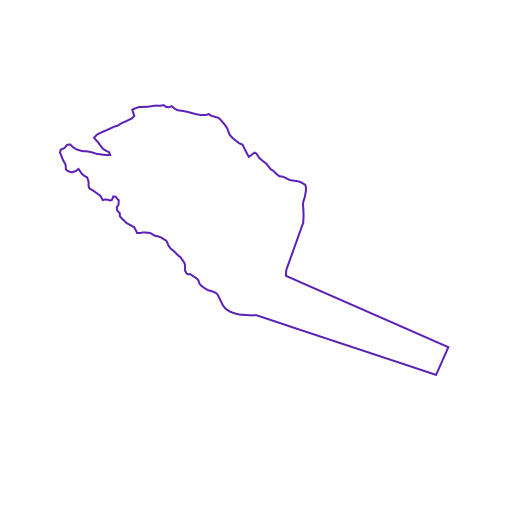 outline of Homa Bay, Nyanza, Kenya, rotated 154°
{"feature_id": "3690345B18622928067574", "entity_name": "Homa Bay", "entity_type": "district", "adm_level": 2, "iso_a3": "KEN", "parent_name": "Kenya", "parent_adm1": "Nyanza", "projection": "orthographic", "projection_center": [34.502, -0.52], "detail": "fine", "context": "isolated", "style": "outline", "palette": "violet", "viewbox_px": 512, "rotation_deg": 154, "n_neighbors": 0, "source": "geoboundaries", "source_scale": "gbopen_adm2", "svg_char_len": 3210}
<svg xmlns="http://www.w3.org/2000/svg" viewBox="0 0 512 512"><g transform="rotate(154 256 256)"><path d="M386.9,434.8L387.0,431.7L387.2,429.8L387.4,426.7L387.3,425.3L387.1,422.7L387.2,421.5L387.5,420.5L388.9,417.2L388.2,415.2L386.1,413.0L384.8,411.9L382.2,411.6L381.2,411.4L380.1,411.4L377.4,412.1L376.9,409.2L376.6,406.7L375.5,404.0L374.3,401.9L373.3,400.7L373.6,398.1L373.8,396.7L374.3,395.3L375.6,392.7L376.0,391.3L376.1,389.6L374.2,387.0L372.6,384.2L371.8,382.7L371.3,381.7L369.8,379.0L369.4,377.6L369.3,375.2L369.2,373.5L366.8,372.9L365.8,372.3L364.6,371.6L363.1,370.1L362.1,369.7L361.1,369.5L359.1,371.1L358.2,372.1L356.0,370.6L355.5,367.5L354.9,366.3L357.0,362.5L358.1,361.9L359.9,360.6L360.7,358.3L360.5,356.6L359.7,354.1L360.3,352.8L360.9,351.7L360.3,348.7L359.7,347.3L358.9,345.3L358.1,342.9L357.5,341.8L356.8,340.8L355.1,338.5L353.7,336.4L352.9,335.6L352.7,330.1L352.8,328.8L350.1,327.5L347.0,326.6L345.7,326.0L344.5,325.1L341.8,323.7L340.8,322.7L339.9,321.5L338.3,318.8L335.5,316.6L333.1,314.2L331.3,311.1L329.9,309.1L329.9,307.0L330.0,305.0L330.1,303.4L329.9,302.3L329.4,299.9L328.2,297.5L327.6,296.0L327.2,294.9L326.4,292.6L326.1,291.6L325.8,290.7L324.4,288.1L324.1,285.7L323.7,283.7L323.4,281.2L323.5,280.1L324.0,278.8L325.0,276.3L325.5,275.3L326.2,274.1L326.0,270.9L325.1,269.3L323.0,268.5L321.5,265.7L320.9,264.8L320.0,263.4L318.9,261.1L318.6,260.1L318.5,258.9L318.8,257.0L318.9,255.6L318.1,253.0L316.9,250.7L316.3,249.6L315.7,248.7L314.2,246.4L312.9,245.3L310.6,243.1L309.3,241.8L307.9,239.6L307.5,238.2L307.4,234.2L307.4,232.4L307.4,230.8L307.4,226.3L306.8,223.1L306.1,221.3L304.9,219.2L304.0,217.7L303.2,216.8L300.8,214.3L299.8,213.3L299.1,212.7L296.2,210.4L286.2,204.7L282.2,202.9L280.9,201.9L253.4,174.9L252.6,174.1L161.9,85.5L146.3,70.2L130.9,83.1L123.1,89.7L192.4,171.5L225.0,209.9L237.8,225.1L235.0,230.1L231.7,233.3L198.9,265.3L197.0,268.8L195.4,271.7L193.8,275.4L192.7,277.8L191.7,280.5L190.3,283.3L186.8,287.1L185.9,288.1L185.1,289.2L182.6,292.7L181.1,295.6L180.5,298.3L182.2,300.8L182.9,302.1L185.5,304.8L188.7,306.9L192.6,309.7L195.3,313.4L197.4,315.8L199.9,317.3L201.6,320.6L203.0,324.7L204.8,327.6L205.4,330.5L206.1,334.2L208.2,338.3L210.1,342.7L210.7,347.8L212.0,349.6L215.1,348.9L219.0,348.3L219.2,352.4L219.3,357.0L219.3,362.0L221.7,364.7L223.2,367.9L225.2,372.0L226.5,376.1L226.3,379.7L225.9,383.5L226.5,387.7L227.9,393.2L229.2,396.7L231.6,398.8L234.2,401.2L235.3,402.5L236.1,404.2L239.0,404.7L243.6,406.7L248.0,410.0L251.7,413.2L254.2,415.5L256.4,417.1L257.3,417.8L260.0,419.7L262.8,421.6L264.6,424.3L266.2,427.7L269.0,427.8L271.5,429.4L272.9,432.1L276.5,433.1L280.8,435.4L285.4,436.8L288.8,437.9L292.3,439.6L296.1,441.2L299.5,441.6L303.0,441.8L303.5,439.1L303.9,435.4L306.8,434.1L310.2,434.1L314.4,434.1L318.7,434.3L323.1,433.8L326.8,434.4L331.7,434.5L335.5,434.6L339.2,434.8L342.3,434.9L345.6,434.8L349.7,433.3L349.0,430.3L348.1,427.5L347.8,425.9L347.3,422.8L346.7,419.9L346.0,418.4L344.4,416.0L343.5,414.9L342.6,413.8L342.8,410.8L346.1,412.2L349.5,414.4L354.5,417.7L358.7,421.7L362.4,424.4L366.2,426.4L368.3,428.4L369.7,429.6L370.7,430.7L372.8,434.0L374.2,437.8L377.1,438.7L380.8,437.0L384.8,437.2L386.9,434.8Z" fill="none" stroke="#5b21b6" stroke-width="2"/></g></svg>